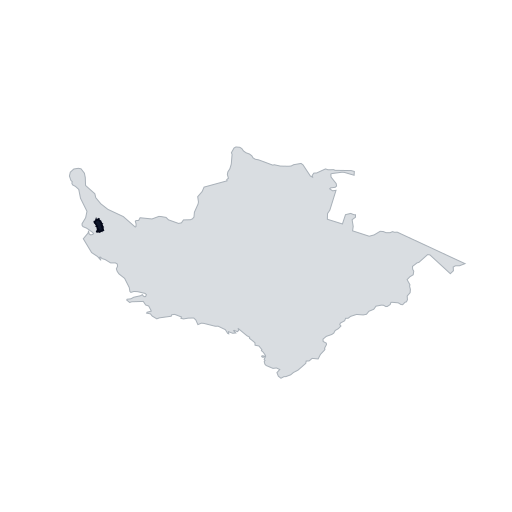 location of Aracataca, Magdalena, Colombia, rotated 287°
{"feature_id": "7082276B34642639591656", "entity_name": "Aracataca", "entity_type": "district", "adm_level": 2, "iso_a3": "COL", "parent_name": "Colombia", "parent_adm1": "Magdalena", "projection": "equal_earth", "projection_center": [-73.935, 10.652], "detail": "fine", "context": "in_parent", "style": "filled", "palette": "ink", "viewbox_px": 512, "rotation_deg": 287, "n_neighbors": 0, "source": "geoboundaries", "source_scale": "gbopen_adm2", "svg_char_len": 6348}
<svg xmlns="http://www.w3.org/2000/svg" viewBox="0 0 512 512"><g transform="rotate(287 256 256)"><path d="M285.0,67.7L281.1,69.8L273.6,72.4L268.4,83.7L264.9,85.7L260.5,92.4L257.3,100.7L254.9,117.6L248.4,132.0L249.0,132.6L251.5,132.0L254.0,130.4L254.8,130.9L255.7,133.4L258.7,134.0L261.0,145.7L265.5,151.6L266.0,153.9L266.6,158.7L265.0,161.7L264.5,172.4L265.9,175.0L269.3,176.1L271.5,182.7L272.9,184.3L275.0,185.3L279.9,184.3L288.7,185.4L290.8,185.2L295.7,182.9L302.0,185.7L306.7,186.2L319.4,206.3L320.6,205.7L322.3,206.9L325.5,204.8L328.2,204.5L331.8,205.5L336.6,205.5L346.2,203.4L347.6,202.3L352.8,203.4L354.4,204.9L355.2,208.7L354.6,211.0L352.8,213.3L351.8,216.3L351.6,220.0L350.6,222.7L349.0,224.4L348.3,227.0L348.7,230.3L347.8,245.5L348.6,246.8L349.1,253.0L351.4,261.1L352.4,263.4L354.3,265.3L357.7,272.0L356.9,274.3L348.3,284.7L347.9,287.1L349.5,286.2L352.2,287.1L353.1,289.7L359.6,297.0L359.5,299.7L361.3,305.2L361.0,306.4L365.5,322.0L365.6,325.3L361.9,326.2L361.8,315.8L361.2,313.6L357.0,304.4L356.2,303.6L353.4,304.7L348.7,311.5L346.5,312.6L344.8,311.6L343.0,307.5L341.8,306.8L340.7,310.2L342.2,313.3L321.5,313.2L317.5,312.0L312.0,313.5L311.9,329.3L321.7,329.5L324.4,334.1L324.1,337.7L324.5,339.1L322.2,339.8L318.8,337.3L312.7,340.3L308.3,341.0L308.0,358.5L310.7,362.8L315.9,367.5L316.6,370.6L316.3,373.6L317.5,377.4L319.2,379.4L319.2,381.6L320.1,384.1L309.8,458.1L306.2,453.5L304.9,449.5L303.1,447.8L299.6,449.1L295.9,447.0L307.9,422.0L307.5,419.7L297.5,413.6L296.5,412.0L291.8,408.7L289.1,409.7L287.6,411.3L284.0,411.8L281.1,409.2L277.6,407.4L273.4,411.7L272.2,411.6L269.2,413.4L266.0,414.1L261.9,412.3L258.5,413.6L256.2,413.3L255.3,412.0L252.3,410.5L252.0,408.8L252.8,405.7L251.5,399.6L251.1,398.6L248.8,398.5L246.1,396.3L245.6,394.9L246.2,392.4L245.7,390.3L243.1,385.4L239.5,384.2L236.1,380.1L232.6,378.7L231.0,375.8L229.5,369.2L225.9,364.1L223.4,362.3L222.6,359.9L220.0,359.7L216.5,356.3L214.9,356.1L213.9,357.7L210.6,356.0L207.9,353.5L205.0,352.9L203.1,351.4L199.7,346.7L196.1,344.4L193.9,345.2L193.2,348.7L192.0,349.3L187.8,348.5L187.1,349.2L186.0,349.0L180.8,346.4L175.7,345.5L174.5,339.6L171.2,337.5L170.2,334.7L167.9,335.0L159.2,329.6L155.6,325.9L152.5,323.9L149.3,319.7L148.8,318.0L146.4,315.6L147.6,312.5L150.6,310.1L154.4,311.9L154.9,308.3L153.5,305.1L154.2,297.8L155.2,296.1L157.4,294.7L158.7,295.2L159.5,294.0L162.7,294.6L163.7,294.1L166.1,291.1L167.1,288.8L168.2,289.0L170.8,285.1L170.4,281.2L172.8,280.3L175.4,273.8L176.5,273.7L177.1,270.6L181.6,259.9L180.0,261.2L178.2,260.4L178.5,256.8L178.0,256.4L176.5,259.2L175.3,256.4L175.6,251.8L173.6,252.7L173.7,251.6L176.6,248.2L177.8,240.3L176.9,237.5L176.3,225.7L175.8,223.4L173.4,220.5L177.2,217.2L178.5,214.6L176.8,209.4L174.6,205.0L174.5,202.4L175.9,202.6L176.4,195.3L175.2,192.6L173.6,192.5L168.6,181.7L166.9,179.5L168.2,174.3L169.8,172.0L169.4,168.1L170.4,168.3L172.6,171.9L173.5,171.3L176.8,168.0L176.9,164.8L179.6,161.5L175.9,150.5L174.6,148.8L176.1,145.2L177.0,145.4L178.5,148.9L180.8,151.1L184.3,157.3L185.8,158.6L184.7,160.0L184.5,161.5L185.0,162.3L187.0,162.5L187.8,160.8L187.3,153.3L186.4,149.6L184.6,147.0L185.2,145.8L188.8,144.0L196.2,136.9L198.8,130.2L200.7,127.8L202.9,126.2L205.6,126.6L207.7,125.8L208.3,123.6L206.9,119.0L208.5,112.7L208.5,109.5L209.5,107.6L209.1,106.8L206.5,109.0L209.2,104.6L211.2,97.8L222.0,85.8L228.9,88.7L231.2,88.5L228.3,90.0L227.8,91.7L228.8,93.5L229.9,94.1L230.8,92.9L233.1,85.9L233.5,82.0L234.5,80.7L236.0,80.2L242.8,81.9L249.3,81.3L259.9,71.3L267.9,67.0L269.8,62.9L270.4,59.8L271.8,58.6L273.3,58.6L274.2,56.9L277.9,54.2L281.8,53.9L285.9,56.3L287.9,60.4L288.2,63.2L285.0,67.7ZM162.8,293.3L162.3,293.8L161.4,292.8L161.1,291.6L161.7,290.7L162.4,291.0L162.8,293.3Z" fill="#d9dde1" stroke="#a8b0b8" stroke-width="1"/><path d="M234.4,97.1L234.2,97.2L233.9,97.0L233.8,96.9L233.7,96.9L233.7,96.7L233.4,96.6L233.2,96.5L232.9,96.5L232.7,96.5L232.6,96.8L232.5,97.0L233.1,97.9L233.1,98.0L233.2,97.9L233.3,98.0L233.5,98.0L233.4,98.1L233.5,98.2L233.6,98.3L233.6,98.6L233.7,99.1L233.3,99.2L233.3,99.3L233.2,99.3L233.2,99.5L233.3,99.6L233.5,99.8L233.8,99.8L233.9,100.0L234.0,100.2L234.3,100.3L234.5,100.4L234.6,100.2L234.6,100.3L234.6,100.5L234.8,100.5L234.7,100.6L234.7,100.8L234.8,100.7L234.9,100.9L235.0,100.9L235.0,101.1L235.3,101.1L235.5,101.2L235.5,101.3L235.5,101.5L235.5,101.8L235.6,102.0L235.7,101.9L235.8,101.9L235.7,101.9L235.8,101.9L235.8,102.0L236.1,102.0L236.2,102.3L236.3,102.2L236.5,102.2L236.8,102.0L236.9,101.9L237.1,101.8L237.3,101.8L237.4,101.7L237.4,101.4L237.5,101.2L237.6,100.9L237.7,100.7L237.7,100.8L237.9,100.7L238.0,100.7L237.9,100.8L238.0,100.8L238.2,100.7L238.3,100.8L238.3,100.7L238.5,100.6L238.6,100.4L238.6,100.2L238.8,100.1L239.0,100.3L239.0,100.2L239.0,100.3L239.1,100.2L239.3,100.2L239.3,100.3L239.4,100.2L239.4,100.3L239.5,100.4L239.6,100.1L239.8,100.2L240.0,100.2L240.2,99.9L240.3,99.9L240.5,99.8L240.5,99.7L240.6,99.8L240.7,99.7L240.8,99.6L241.0,99.3L241.3,99.3L241.3,99.2L241.5,99.0L241.5,98.9L241.6,99.0L241.7,98.8L241.8,98.9L241.8,98.7L242.1,98.8L242.2,98.7L242.3,98.5L242.5,98.4L242.8,98.2L242.9,97.9L243.0,97.9L243.3,97.7L243.2,97.5L243.2,97.3L243.2,97.2L243.3,97.1L243.6,97.1L243.9,96.9L244.0,96.9L244.0,96.7L244.0,96.3L244.2,96.2L244.3,96.0L244.3,95.8L244.3,95.7L244.5,95.4L244.5,95.2L244.6,95.3L244.8,95.3L244.9,95.2L244.9,94.9L245.0,94.9L244.9,94.8L244.9,94.7L245.0,94.6L245.1,94.4L245.3,94.3L245.2,94.2L244.9,94.2L244.7,94.0L244.5,93.8L244.4,93.7L244.2,93.6L243.9,93.5L243.7,93.5L243.6,93.3L243.5,93.2L243.7,92.8L243.9,92.7L244.3,92.4L244.1,92.4L244.0,92.5L243.9,92.4L243.6,92.6L243.4,92.6L243.2,92.6L243.0,92.4L242.8,92.3L242.7,92.3L242.3,92.2L242.2,91.9L242.0,91.7L241.9,91.7L241.7,91.6L241.6,91.3L241.3,91.4L241.2,91.5L240.9,91.7L240.9,91.8L240.7,91.8L240.3,92.2L240.3,92.4L240.3,92.5L240.2,92.7L240.2,92.9L240.1,93.0L239.6,93.4L239.6,93.5L239.4,93.7L239.5,93.7L239.5,93.8L239.4,93.8L239.1,94.0L238.9,94.3L238.7,94.5L238.4,94.6L238.2,94.7L238.1,94.9L238.1,95.0L238.0,94.9L237.9,94.9L237.8,95.2L237.7,95.1L237.7,95.3L237.4,95.4L237.1,95.6L236.9,95.8L236.7,95.9L236.6,96.0L236.4,96.2L236.3,96.3L236.2,96.3L236.2,96.5L235.9,96.7L235.7,96.7L235.6,96.8L235.5,97.0L235.5,97.3L235.5,97.5L235.3,97.7L235.3,97.8L235.2,97.9L235.1,97.7L235.1,97.8L235.1,97.7L234.9,97.6L234.9,97.2L234.7,97.3L234.7,97.2L234.5,97.4L234.6,97.2L234.4,97.2L234.4,97.1Z" fill="#0f172a" stroke="#020617" stroke-width="1.5"/></g></svg>